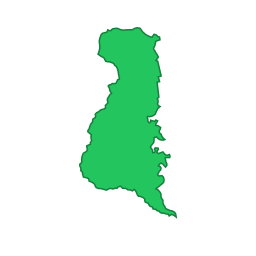 outline of Tangará, Santa Catarina, Brazil, rotated 72°
{"feature_id": "56859067B14678126982522", "entity_name": "Tangará", "entity_type": "district", "adm_level": 2, "iso_a3": "BRA", "parent_name": "Brazil", "parent_adm1": "Santa Catarina", "projection": "robinson", "projection_center": [-51.129, -27.151], "detail": "fine", "context": "isolated", "style": "filled", "palette": "green", "viewbox_px": 256, "rotation_deg": 72, "n_neighbors": 0, "source": "geoboundaries", "source_scale": "gbopen_adm2", "svg_char_len": 3645}
<svg xmlns="http://www.w3.org/2000/svg" viewBox="0 0 256 256"><g transform="rotate(72 128 128)"><path d="M176.3,175.0L177.5,172.0L179.0,169.8L180.4,167.8L180.1,166.0L179.8,163.8L181.3,161.2L181.3,158.7L181.9,156.8L180.9,155.5L181.1,153.0L183.7,151.8L184.8,148.7L186.8,147.2L187.5,145.2L189.2,143.1L188.3,141.0L190.2,140.2L192.9,139.8L194.5,139.8L196.1,139.1L197.1,137.1L198.7,135.3L200.5,134.0L202.4,134.5L203.8,134.5L204.9,133.3L205.8,132.0L208.0,131.8L209.5,131.0L210.7,129.1L212.8,129.2L213.9,126.7L215.5,126.1L216.5,124.4L218.2,123.5L219.3,122.4L220.0,120.3L221.4,118.5L222.4,116.3L224.4,116.0L223.7,113.9L224.3,112.3L225.5,111.1L227.6,109.7L224.2,109.2L222.4,109.8L220.7,111.4L219.4,113.6L217.8,115.4L216.3,117.1L213.8,117.3L212.1,117.9L210.0,117.9L207.4,117.1L205.3,117.8L203.5,117.8L201.5,117.2L199.8,117.1L198.2,117.7L196.0,118.6L194.5,120.3L192.1,114.1L190.8,111.0L188.7,109.8L187.1,109.5L185.6,109.6L183.8,110.4L183.5,112.0L183.1,113.6L181.5,114.3L180.4,113.2L178.9,111.6L177.9,109.8L176.2,109.0L174.6,109.4L173.4,110.8L172.2,109.3L171.6,107.6L172.9,106.1L174.9,105.3L176.8,104.4L175.6,102.6L173.8,102.1L172.0,102.4L169.9,102.2L167.7,101.7L168.4,99.3L169.0,97.5L167.7,96.7L166.0,96.8L166.1,99.4L164.5,101.0L161.5,102.2L161.6,104.2L161.7,107.0L160.2,108.0L158.6,107.2L157.9,105.7L156.4,105.6L155.3,108.2L156.3,109.5L158.1,109.1L159.5,110.2L159.0,112.1L157.2,111.6L155.1,111.9L153.3,112.6L152.1,111.5L150.9,109.8L149.8,108.1L148.0,107.1L145.3,106.3L145.2,103.8L147.1,102.8L148.6,101.7L149.6,100.2L150.4,98.3L150.4,96.5L148.5,97.6L146.2,98.4L144.2,98.4L142.6,99.5L140.7,99.4L139.1,97.8L137.6,96.8L135.2,98.7L134.1,100.8L132.6,100.3L131.7,99.1L130.4,97.6L129.0,99.1L130.0,100.6L128.8,102.3L127.6,104.1L129.3,104.5L129.6,106.2L127.4,107.0L125.8,106.4L124.3,106.6L123.0,105.9L123.9,104.1L124.2,101.8L123.8,99.4L123.1,97.6L121.7,96.6L120.1,95.0L118.7,93.8L118.2,92.3L117.5,90.8L116.0,92.3L114.2,92.5L112.6,91.3L110.7,90.9L109.0,91.0L108.2,89.1L93.5,86.2L93.6,83.6L88.7,83.4L88.8,80.4L73.6,79.1L72.5,80.6L71.3,79.1L70.0,77.2L68.1,77.5L66.6,77.8L64.7,78.4L62.8,78.6L61.4,79.2L59.8,79.0L58.7,77.6L57.4,76.7L55.9,75.7L54.1,74.8L54.0,70.3L51.2,69.9L50.3,71.3L48.2,72.4L46.9,74.2L49.1,77.2L47.9,79.0L45.8,81.2L44.2,82.6L42.5,83.5L41.1,84.4L38.7,85.1L36.8,85.8L35.5,88.3L35.3,91.0L35.9,93.4L35.2,95.7L34.4,98.4L33.9,100.3L33.4,102.6L31.9,105.0L29.9,107.4L29.1,110.3L29.0,112.4L30.0,114.0L29.7,115.6L28.4,116.9L30.2,118.3L30.2,120.6L30.0,123.0L31.0,124.8L32.4,125.8L34.1,127.2L36.5,128.5L38.6,129.0L40.6,129.3L43.3,130.1L45.3,131.3L46.9,132.4L48.5,133.7L50.7,132.1L52.3,130.7L53.8,129.2L56.1,128.9L57.8,128.5L58.8,126.7L59.4,125.0L60.8,123.3L62.2,121.6L64.1,121.4L65.7,120.2L67.4,119.8L69.0,119.8L71.3,119.9L74.0,120.4L76.2,120.6L78.9,121.1L78.9,122.9L80.7,124.5L81.8,125.7L81.5,127.6L80.8,129.3L81.5,131.0L81.2,132.6L82.1,133.9L84.5,133.4L86.6,133.7L88.4,133.5L89.8,132.8L90.8,135.1L92.2,136.6L93.4,138.2L95.1,139.1L97.7,139.2L98.7,140.9L99.5,142.5L102.0,143.2L102.5,144.9L102.3,146.9L102.5,148.9L103.5,150.9L103.7,153.1L104.9,155.0L106.4,155.0L107.9,155.8L108.7,158.7L111.3,159.9L113.0,162.5L115.5,164.4L116.8,165.2L117.8,166.7L119.1,167.4L120.9,166.3L123.1,165.0L124.7,165.9L126.9,166.4L128.9,166.5L130.3,168.4L132.0,168.9L132.0,170.6L132.2,172.8L133.7,173.1L135.2,173.2L136.8,173.8L137.6,175.3L138.2,178.3L139.5,179.3L140.8,180.4L143.3,181.7L145.6,182.4L147.0,183.3L147.4,184.9L149.1,185.6L151.5,185.2L154.0,186.1L155.9,185.0L157.8,185.5L159.3,185.4L160.9,185.6L161.9,183.8L163.0,182.2L164.0,181.1L166.5,181.4L168.3,179.2L170.0,177.8L171.4,177.1L173.2,177.1L174.8,176.7L176.3,175.0Z" fill="#22c55e" stroke="#15803d" stroke-width="1.5"/></g></svg>